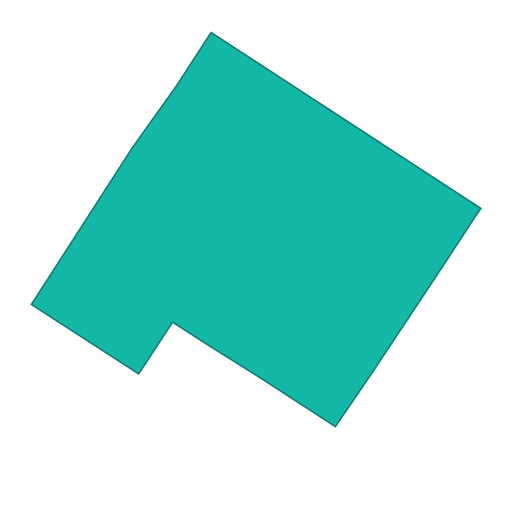 Portage, Wisconsin, United States of America (Mercator projection), rotated 303°
{"feature_id": "52423323B90937384795518", "entity_name": "Portage", "entity_type": "district", "adm_level": 2, "iso_a3": "USA", "parent_name": "United States of America", "parent_adm1": "Wisconsin", "projection": "mercator", "projection_center": [-89.565, 44.465], "detail": "fine", "context": "isolated", "style": "filled", "palette": "teal", "viewbox_px": 512, "rotation_deg": 303, "n_neighbors": 0, "source": "geoboundaries", "source_scale": "gbopen_adm2", "svg_char_len": 331}
<svg xmlns="http://www.w3.org/2000/svg" viewBox="0 0 512 512"><g transform="rotate(303 256 256)"><path d="M93.0,94.0L93.2,221.8L155.0,222.1L155.2,267.5L156.1,323.3L156.1,415.5L222.6,417.0L354.7,418.3L406.8,418.4L418.4,418.7L419.0,96.6L354.9,96.6L279.3,93.3L93.0,94.0Z" fill="#14b8a6" stroke="#0f766e" stroke-width="1.5"/></g></svg>